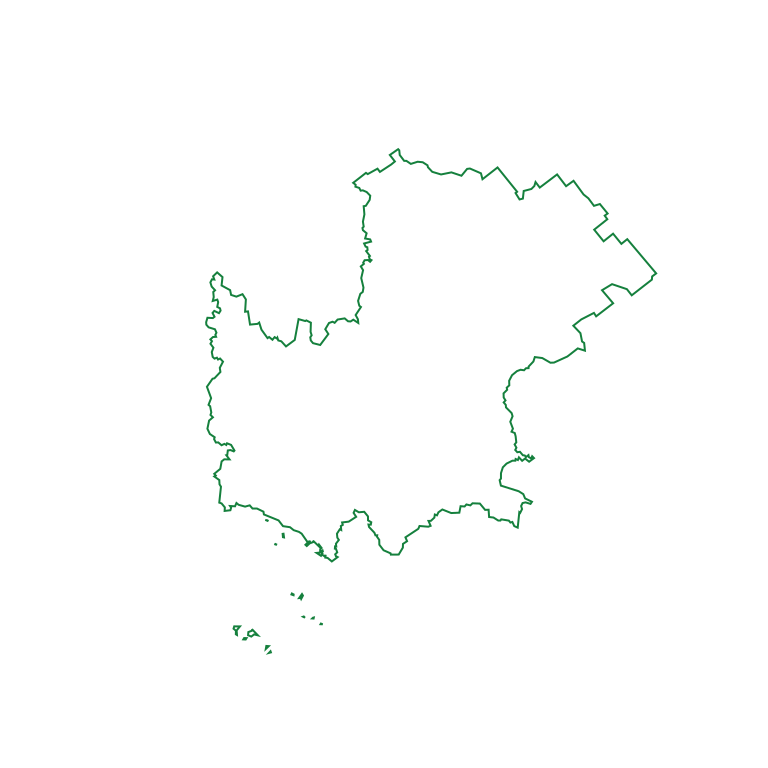 Isaac, Queensland, Australia (Robinson projection), rotated 136°
{"feature_id": "25037944B43894874276355", "entity_name": "Isaac", "entity_type": "district", "adm_level": 2, "iso_a3": "AUS", "parent_name": "Australia", "parent_adm1": "Queensland", "projection": "robinson", "projection_center": [148.499, -22.243], "detail": "fine", "context": "isolated", "style": "outline", "palette": "green", "viewbox_px": 768, "rotation_deg": 136, "n_neighbors": 0, "source": "geoboundaries", "source_scale": "gbopen_adm2", "svg_char_len": 6180}
<svg xmlns="http://www.w3.org/2000/svg" viewBox="0 0 768 768"><g transform="rotate(136 384 384)"><path d="M266.4,550.1L266.0,547.0L267.5,545.8L265.6,542.2L266.5,539.3L264.7,538.0L263.1,534.1L263.1,529.0L266.4,526.4L273.3,524.8L275.1,526.0L280.3,519.6L286.4,515.4L289.3,511.3L291.1,511.2L292.3,509.3L291.8,504.5L296.5,501.8L293.5,497.6L294.4,495.4L300.7,498.9L301.8,495.6L301.0,494.0L302.7,491.8L304.5,492.0L305.2,485.9L306.4,486.0L307.6,483.6L307.0,481.8L309.1,481.6L309.4,484.3L312.0,486.5L314.7,485.7L315.0,484.4L319.0,484.7L320.0,480.4L326.8,476.0L331.8,467.6L335.3,465.0L338.4,465.3L344.9,461.8L347.4,457.5L347.1,455.4L356.5,453.3L357.8,448.7L360.1,445.8L361.4,451.6L364.6,452.2L366.3,454.1L366.7,458.5L372.6,462.6L377.0,462.3L377.7,464.5L381.2,466.1L388.2,464.2L389.3,458.6L402.8,456.4L406.7,462.7L406.4,466.2L404.6,468.8L402.2,469.3L400.6,472.5L394.0,478.9L395.7,483.7L396.9,484.0L400.4,490.0L417.6,477.7L428.4,479.1L428.2,486.0L429.8,488.8L428.5,491.4L429.5,491.1L430.1,493.7L433.5,493.3L434.0,497.6L435.9,497.9L434.4,508.2L431.1,514.9L433.2,515.1L439.1,519.8L431.4,530.7L433.7,532.5L424.6,540.8L423.4,546.9L429.5,549.4L432.1,554.3L429.5,558.4L432.4,567.7L425.9,573.1L426.5,580.2L432.1,580.2L433.5,577.0L435.0,578.8L438.3,577.7L440.3,573.8L440.4,568.8L442.9,568.8L446.1,564.8L449.5,562.7L445.3,560.5L446.4,558.1L450.4,555.3L449.4,552.3L450.6,550.3L453.5,549.6L455.3,554.5L458.0,554.2L459.2,550.1L461.3,550.3L465.0,554.3L469.0,552.0L470.6,550.1L470.8,546.6L467.6,540.8L468.9,537.3L471.2,536.5L472.0,534.6L474.4,536.6L477.9,536.7L478.0,534.3L480.9,533.5L481.5,528.6L485.7,526.6L488.4,522.5L488.3,520.0L485.9,519.0L486.4,516.9L484.2,516.2L484.3,511.9L490.9,509.7L493.3,506.3L502.0,505.9L503.7,506.9L513.3,505.0L518.2,493.9L524.7,490.9L524.5,488.8L528.0,483.5L530.3,482.3L530.2,478.9L535.2,479.2L542.1,474.5L544.0,469.0L542.8,463.3L544.5,462.4L545.6,458.7L543.8,457.1L543.4,452.8L540.4,451.8L539.8,449.7L538.1,450.4L536.3,446.4L537.8,440.0L538.9,439.9L540.3,443.1L542.5,444.7L546.1,441.8L546.9,442.3L547.5,437.1L551.3,440.8L554.6,441.1L560.7,436.7L568.5,437.3L568.6,435.0L570.3,435.4L569.2,429.3L572.0,426.1L572.6,423.4L584.9,413.1L583.8,410.9L584.2,405.8L586.8,403.4L582.2,399.9L579.9,401.2L579.5,403.2L576.1,399.5L572.8,400.9L572.5,398.1L569.1,392.3L564.9,390.0L565.1,385.8L561.9,382.7L559.4,375.9L561.0,373.6L554.6,359.1L555.4,351.9L551.1,346.3L550.5,341.6L547.9,336.7L547.2,333.5L548.8,323.7L546.7,322.4L547.1,320.5L544.5,319.4L543.9,320.6L543.5,309.8L543.3,312.5L543.0,313.6L542.3,313.8L542.8,309.4L544.7,309.4L546.8,307.4L543.8,307.0L544.2,306.2L546.7,306.9L549.8,309.3L548.7,304.2L546.0,305.2L545.9,304.9L547.1,304.1L546.4,301.2L545.6,301.5L545.3,301.1L546.8,299.9L545.4,298.1L544.8,292.6L537.6,291.7L538.2,293.5L537.4,295.4L534.6,295.4L533.0,298.9L533.7,299.7L532.0,301.2L531.2,300.3L529.5,302.5L524.8,303.2L524.3,305.9L521.8,309.0L516.7,310.2L516.2,308.7L513.7,311.8L511.5,311.3L510.3,313.5L505.0,309.5L496.3,307.8L495.4,312.4L492.4,313.6L491.2,309.2L487.0,305.8L487.5,299.9L490.2,297.0L489.2,293.4L491.2,292.0L492.8,293.7L494.1,291.5L494.2,283.7L495.3,281.1L494.0,279.9L495.1,279.1L495.7,275.2L499.0,271.6L499.8,264.7L496.9,257.6L497.6,256.5L491.9,251.1L484.1,253.2L481.4,255.8L476.6,254.9L475.1,258.8L459.9,256.0L457.1,257.2L451.3,250.6L449.0,249.6L447.1,254.6L445.4,253.0L440.6,252.9L438.1,254.8L437.1,252.7L434.0,253.9L429.2,253.2L425.3,244.5L419.2,239.1L413.8,242.9L411.1,239.9L408.4,240.1L406.2,236.7L403.2,236.7L398.1,231.4L398.7,223.2L396.1,220.9L400.8,215.3L398.0,211.9L396.7,206.5L395.1,204.9L393.7,205.2L389.1,199.0L389.3,196.5L387.5,195.6L389.0,191.3L387.6,187.8L375.7,197.8L375.6,196.7L371.6,198.1L370.1,201.0L367.0,202.1L364.4,200.5L361.9,196.0L359.4,196.5L362.0,203.7L360.3,208.0L361.6,213.3L370.5,229.7L367.6,234.5L365.6,234.7L361.8,238.6L356.4,241.5L351.1,241.6L344.8,239.6L342.8,237.6L341.4,238.6L340.5,236.3L337.9,237.5L338.0,232.8L334.3,232.4L333.6,227.3L327.6,226.5L327.6,229.1L329.8,228.2L330.6,230.8L329.5,232.5L332.5,232.8L332.4,234.8L333.6,236.3L333.3,240.8L335.5,242.3L335.4,245.4L333.0,246.2L332.0,249.8L329.4,250.1L325.6,255.0L324.0,257.9L325.4,261.1L322.3,262.3L319.4,269.1L313.9,271.5L312.4,274.4L312.5,282.4L310.9,284.4L310.7,287.6L308.0,287.8L307.3,291.1L304.5,294.2L299.4,294.3L298.3,296.1L294.8,296.0L291.7,299.4L285.8,301.4L279.4,300.9L275.9,299.4L273.7,296.6L270.9,296.7L269.0,295.0L267.8,296.1L260.9,296.4L256.8,298.6L252.1,292.7L249.5,283.7L246.8,281.3L233.0,276.4L219.9,275.0L216.3,268.4L211.5,274.5L212.0,277.0L207.4,284.1L207.3,294.4L197.2,293.4L183.6,289.3L184.4,285.3L163.1,282.9L162.0,300.0L150.6,297.4L143.4,283.5L144.2,275.7L118.8,273.0L116.4,275.1L111.4,274.5L108.4,319.2L115.9,319.9L114.8,333.0L126.9,334.1L125.6,349.0L108.9,347.4L108.3,351.8L104.7,351.3L103.7,363.5L109.2,366.3L108.0,375.6L108.8,381.7L106.5,398.5L115.6,399.8L113.9,414.5L135.5,417.1L134.7,424.0L138.3,422.0L142.5,421.9L149.4,425.8L155.3,420.9L158.3,422.6L156.7,430.0L154.7,429.8L151.9,460.9L170.9,462.9L167.9,468.2L172.5,479.3L174.8,481.0L183.6,480.0L188.5,489.4L197.4,495.1L201.9,503.1L201.8,509.4L200.8,511.1L202.1,516.6L205.4,520.5L211.8,523.7L212.9,529.0L214.5,530.5L213.6,537.8L210.7,541.5L210.7,543.1L220.7,544.7L221.6,536.5L226.4,536.9L239.6,539.4L239.1,543.4L249.9,546.3L250.3,548.4L266.4,550.1ZM649.3,299.4L650.0,298.1L653.9,299.8L656.3,297.7L654.9,294.5L651.4,294.1L649.3,290.8L649.3,299.4ZM661.9,309.4L664.2,307.1L663.8,306.7L664.3,306.3L664.1,305.6L661.2,309.1L656.0,309.7L660.1,313.7L662.2,312.5L661.9,309.4ZM592.9,286.9L589.3,288.1L588.9,289.9L593.8,289.0L592.5,287.9L592.9,286.9ZM549.8,322.9L552.2,322.9L552.1,321.1L548.5,321.0L549.8,322.9ZM661.1,298.4L662.6,298.0L661.0,296.3L659.4,296.7L661.1,298.4ZM649.0,275.5L650.6,277.3L653.1,275.5L649.0,275.5ZM560.3,346.1L561.0,346.6L563.1,344.0L562.5,343.1L560.3,346.1ZM651.3,270.6L653.6,270.5L651.8,269.5L651.3,270.6ZM595.8,297.3L596.8,296.9L595.8,294.9L595.2,295.4L595.8,297.3ZM572.6,342.7L573.6,345.1L573.7,344.1L572.6,342.7ZM562.5,365.7L562.5,366.8L563.8,368.7L562.5,365.7ZM595.0,253.7L595.8,255.5L596.5,255.3L595.0,253.7ZM596.7,264.8L597.4,265.2L598.5,265.2L597.6,264.2L596.7,264.8ZM603.2,272.5L603.9,272.8L603.2,270.8L603.2,272.5Z" fill="none" stroke="#15803d" stroke-width="2"/></g></svg>